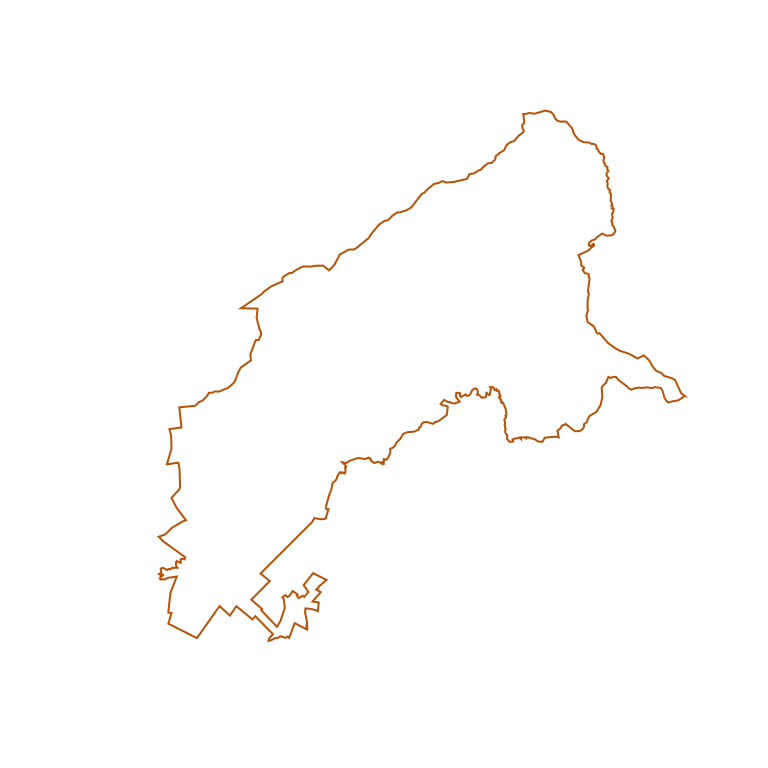 outline of Sanzieni, Covasna, Romania, rotated 70°
{"feature_id": "2599482B84054601093949", "entity_name": "Sanzieni", "entity_type": "district", "adm_level": 2, "iso_a3": "ROU", "parent_name": "Romania", "parent_adm1": "Covasna", "projection": "orthographic", "projection_center": [26.129, 46.084], "detail": "fine", "context": "isolated", "style": "outline", "palette": "amber", "viewbox_px": 768, "rotation_deg": 70, "n_neighbors": 0, "source": "geoboundaries", "source_scale": "gbopen_adm2", "svg_char_len": 6161}
<svg xmlns="http://www.w3.org/2000/svg" viewBox="0 0 768 768"><g transform="rotate(70 384 384)"><path d="M586.8,539.5L581.1,537.7L571.8,536.3L568.0,534.6L570.4,529.4L573.4,525.1L574.9,523.9L567.0,520.0L564.0,525.6L557.9,514.6L554.0,518.0L553.0,515.3L552.2,515.0L548.5,505.0L537.5,515.3L545.5,528.3L553.6,526.1L556.8,531.7L555.2,532.7L556.1,537.4L552.9,538.3L552.2,537.2L547.3,540.6L550.8,545.6L551.2,547.4L548.6,549.0L549.6,552.5L552.0,551.8L560.5,553.8L571.3,562.4L575.6,567.6L554.4,576.8L553.8,575.5L541.3,582.5L530.1,558.7L519.9,564.9L489.0,498.6L486.2,495.4L489.7,489.1L490.6,484.9L482.7,479.0L482.1,480.9L480.2,481.0L469.7,473.7L465.0,469.4L459.3,466.1L458.4,463.1L456.8,460.6L455.3,459.9L452.1,456.2L451.9,455.3L453.4,454.6L452.7,453.2L454.6,451.9L454.1,450.7L450.2,449.0L449.5,449.4L448.6,447.7L443.3,449.9L445.4,446.5L444.4,442.4L444.6,433.9L448.2,427.0L447.8,424.0L449.0,423.5L449.2,422.3L452.1,422.2L454.9,420.3L455.2,415.5L459.0,412.7L459.0,411.4L456.9,412.2L456.8,410.5L454.5,409.9L455.9,407.8L454.7,405.3L450.3,401.3L447.0,400.4L447.0,397.7L446.0,395.3L443.2,392.2L441.0,387.3L437.4,382.8L437.3,378.4L439.1,372.0L438.7,367.0L436.8,365.7L437.0,364.4L434.3,362.0L433.5,360.0L434.3,356.8L438.2,351.5L437.1,348.6L437.6,347.9L437.3,344.7L434.6,335.7L427.4,331.9L426.0,332.6L423.8,336.7L422.1,337.6L419.5,332.9L423.0,329.9L423.3,328.5L424.8,327.4L426.5,324.4L426.4,318.9L420.8,320.8L417.2,319.2L417.3,318.0L418.9,315.5L420.8,316.7L422.6,316.2L421.7,310.8L423.4,310.3L423.9,308.9L423.2,306.4L420.1,303.4L419.3,301.2L419.5,299.1L421.0,298.3L424.0,298.5L425.9,300.3L427.1,298.1L430.3,297.0L430.2,295.9L431.1,294.9L430.9,292.5L429.0,291.9L428.3,290.9L426.4,290.7L429.5,289.9L430.5,288.6L424.9,285.0L423.2,285.2L424.2,282.9L425.1,282.1L427.6,282.2L427.3,280.3L429.1,280.2L429.0,278.9L430.2,278.4L432.1,279.0L433.4,278.5L434.7,279.3L435.5,278.8L436.0,279.4L435.6,280.1L436.7,280.5L439.3,279.2L440.5,280.3L441.4,279.3L442.2,279.6L442.6,278.5L449.0,278.2L454.7,279.4L455.2,280.7L456.9,280.6L458.5,283.0L462.6,283.7L463.5,284.6L465.1,284.4L466.0,285.2L467.6,284.9L468.9,286.1L472.1,286.6L474.2,285.7L477.7,287.1L481.2,285.9L482.3,282.2L480.1,282.1L479.9,279.4L480.6,278.1L480.6,274.8L482.6,274.0L481.0,273.5L482.3,270.1L483.7,269.0L482.7,268.6L483.0,267.4L488.0,260.7L490.6,259.1L492.5,254.8L489.4,251.3L492.0,241.5L493.9,238.1L487.2,237.0L486.1,233.5L483.9,230.9L484.1,227.9L483.5,227.0L493.7,220.7L495.2,216.0L494.5,213.2L492.5,210.6L490.2,209.9L489.4,206.8L485.2,203.0L484.2,201.3L482.9,194.0L477.7,187.5L470.7,183.2L461.9,180.7L460.0,178.2L459.0,175.3L454.1,170.7L456.0,168.5L455.7,166.2L456.7,163.6L460.7,162.2L469.5,156.3L471.3,155.9L474.0,153.5L473.7,150.0L474.5,145.7L475.9,143.1L477.3,137.6L479.3,134.0L479.9,129.7L482.5,125.2L485.9,124.6L493.3,125.2L496.9,124.2L498.7,122.9L499.0,118.4L500.0,113.3L499.0,108.6L497.9,106.4L498.4,105.4L494.0,108.0L479.9,109.1L476.9,111.6L472.1,118.1L468.8,119.5L464.6,123.8L459.4,125.6L452.6,126.7L446.0,130.0L446.7,137.1L439.4,143.4L433.5,150.9L430.1,154.0L422.2,159.4L410.1,164.1L409.4,166.4L401.5,167.2L395.4,171.5L389.0,170.5L384.2,166.8L382.3,166.8L375.2,164.1L369.3,160.6L366.9,160.8L355.9,155.1L350.5,154.2L348.4,157.5L344.6,158.2L343.8,156.6L342.7,156.2L341.1,157.7L339.4,158.0L336.9,156.9L329.4,157.2L328.4,145.9L326.8,142.9L326.1,139.9L325.6,139.1L324.0,139.2L324.9,142.5L323.9,144.1L321.8,143.3L320.2,139.9L320.3,136.3L318.7,133.0L317.3,127.5L320.8,124.0L322.1,119.2L321.6,116.8L319.4,114.2L314.3,114.4L312.8,115.2L310.2,114.2L308.6,114.7L306.1,112.2L302.2,111.7L300.9,109.8L298.0,108.3L296.9,109.9L295.6,108.4L294.1,109.4L293.3,108.1L289.1,108.2L283.6,105.8L280.6,106.5L279.1,105.0L277.7,106.4L274.4,106.5L272.5,105.3L269.2,105.0L267.9,102.5L263.8,103.5L262.2,102.7L260.7,100.3L258.7,100.8L256.5,99.8L254.8,101.4L252.3,101.0L250.6,101.8L248.0,100.8L247.1,99.6L243.0,99.4L242.5,99.6L242.1,101.5L238.7,102.7L236.9,102.5L235.9,103.7L232.7,102.9L230.1,104.7L229.5,106.7L227.3,108.7L225.1,113.6L221.1,117.7L214.2,119.9L208.3,119.8L200.8,122.5L199.3,123.9L197.9,128.1L196.2,130.8L193.4,132.3L189.2,132.6L185.5,134.1L182.2,139.0L181.5,150.1L179.0,154.9L178.6,159.1L177.9,160.7L186.7,162.9L188.0,165.7L191.0,166.4L193.8,166.0L194.9,166.8L196.7,172.4L200.2,178.6L200.0,182.7L201.4,187.1L205.5,191.4L206.5,197.1L207.1,197.4L207.8,200.4L208.5,201.5L211.1,202.6L213.1,207.2L212.2,210.7L214.1,216.9L215.8,219.6L215.6,221.8L216.9,227.2L216.0,231.9L219.6,235.8L218.0,249.5L216.0,256.6L213.3,259.7L213.8,264.3L213.1,268.2L215.0,274.3L218.0,280.8L218.4,283.8L227.4,297.9L228.4,303.3L228.1,310.7L227.4,312.1L227.6,314.5L229.1,319.6L231.3,323.4L231.0,328.3L232.5,334.1L238.9,345.1L241.5,348.2L246.8,363.5L247.3,366.4L245.6,371.3L247.3,381.4L255.1,389.9L258.5,396.7L251.9,400.8L249.6,407.5L248.8,412.2L246.2,418.8L245.9,421.3L247.1,429.3L248.3,432.6L247.3,434.5L248.5,440.4L249.5,443.2L252.8,444.1L253.7,456.6L256.5,466.3L257.5,467.5L263.9,492.5L269.9,477.0L278.3,481.1L290.9,482.3L291.9,481.7L295.6,482.6L299.9,486.9L298.9,489.2L299.5,490.1L310.2,499.3L316.3,501.0L319.6,513.0L323.4,517.3L330.0,522.7L331.7,525.1L334.2,531.5L334.7,542.0L333.2,545.0L333.4,548.4L332.4,551.6L334.7,554.2L337.5,560.1L337.7,564.0L339.9,568.9L335.9,584.3L355.6,589.2L353.0,601.1L360.2,601.8L372.3,605.9L385.2,615.5L387.6,604.2L394.0,605.2L411.3,611.0L413.1,612.5L418.3,622.6L429.2,621.3L444.3,616.7L444.3,620.1L446.5,632.1L450.5,640.9L450.5,648.0L456.7,645.0L478.8,630.1L480.6,631.3L479.2,633.5L479.1,635.0L482.5,636.3L479.5,639.3L480.1,640.2L482.9,641.3L485.4,641.3L486.9,640.3L485.1,642.2L485.2,644.8L484.1,645.7L485.2,648.3L484.1,649.5L484.5,651.5L481.6,654.1L480.9,655.7L481.5,657.1L485.4,657.8L485.6,660.4L487.9,658.9L488.1,658.2L487.3,657.4L487.8,656.9L488.4,657.1L488.5,659.4L489.2,660.4L490.2,661.2L491.2,660.8L491.0,660.0L492.0,659.2L491.9,658.2L492.8,656.5L492.1,653.9L494.1,644.6L507.2,656.1L525.0,664.9L526.5,662.0L535.5,668.6L558.8,646.7L536.5,614.5L548.9,608.0L542.3,598.8L560.2,588.1L558.2,584.3L581.2,573.9L583.7,578.8L585.9,580.4L586.2,577.8L585.6,573.6L586.3,570.3L585.6,567.6L588.6,563.7L588.8,562.5L588.3,561.0L590.1,560.0L578.2,549.7L588.1,540.6L585.7,539.9L586.8,539.5Z" fill="none" stroke="#b45309" stroke-width="2"/></g></svg>